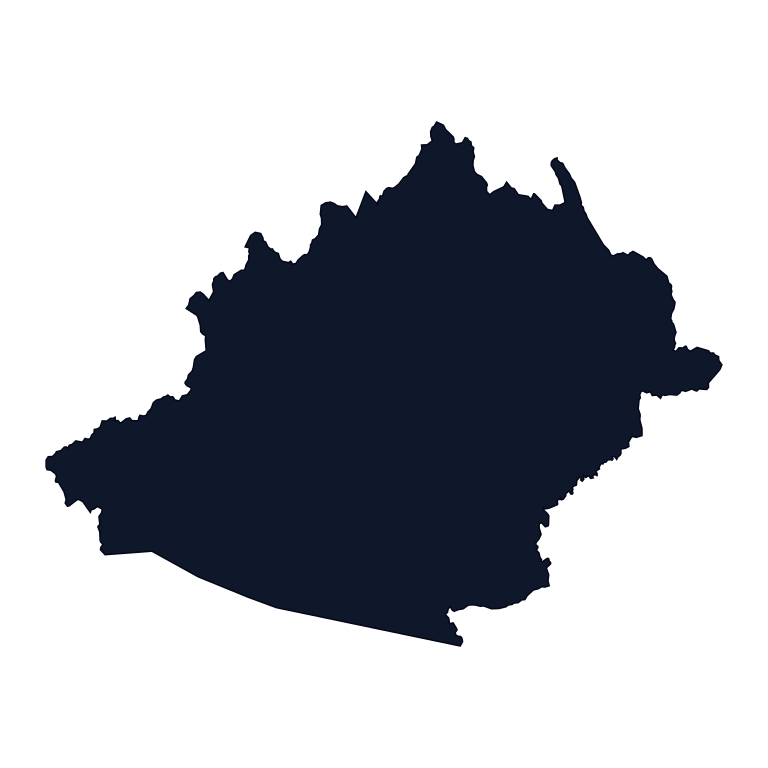 the district of Chanchamayo, Junín, Peru
{"feature_id": "86281439B40126444259692", "entity_name": "Chanchamayo", "entity_type": "district", "adm_level": 2, "iso_a3": "PER", "parent_name": "Peru", "parent_adm1": "Junín", "projection": "natural_earth1", "projection_center": [-75.066, -11.002], "detail": "fine", "context": "isolated", "style": "filled", "palette": "ink", "viewbox_px": 768, "rotation_deg": 0, "n_neighbors": 0, "source": "geoboundaries", "source_scale": "gbopen_adm2", "svg_char_len": 6088}
<svg xmlns="http://www.w3.org/2000/svg" viewBox="0 0 768 768"><path d="M671.9,291.1L671.2,289.4L671.6,286.1L670.7,284.3L668.9,283.3L666.9,276.2L657.7,268.5L654.0,263.9L651.6,258.8L649.9,257.6L648.3,257.8L646.2,259.9L643.0,256.9L633.1,251.4L630.2,252.9L628.1,255.4L622.9,252.6L621.6,253.5L617.3,253.9L613.4,255.9L610.9,255.0L608.6,250.1L603.4,244.8L587.3,217.9L585.9,213.9L584.0,211.0L583.3,207.4L581.0,204.9L581.5,202.9L580.0,197.3L574.6,182.2L571.1,178.0L569.5,174.1L565.1,168.1L562.6,163.2L560.2,162.7L558.2,161.0L557.1,159.7L557.1,157.9L554.5,158.8L552.3,160.7L551.4,162.3L551.1,165.5L555.3,171.7L556.2,174.9L558.4,177.9L560.0,184.0L561.7,185.9L565.0,201.7L564.2,203.0L559.9,205.1L555.0,205.1L552.6,210.5L547.4,209.4L541.9,203.0L541.1,200.6L534.5,193.8L533.7,193.7L531.4,198.8L530.1,198.5L528.0,196.3L518.3,194.7L514.2,188.6L511.3,188.0L506.6,182.1L503.9,186.7L493.7,191.6L489.6,194.8L486.6,191.3L486.5,187.2L487.3,185.1L486.7,183.1L481.6,176.6L476.8,174.3L474.4,171.5L472.9,165.4L473.2,160.3L474.4,156.6L473.1,151.7L473.8,147.9L471.3,145.4L471.0,142.0L468.5,140.4L467.5,138.4L465.2,137.6L462.4,142.7L455.6,144.1L453.7,142.0L454.0,139.2L453.3,137.0L445.8,129.7L443.4,125.2L436.6,122.0L434.1,126.2L432.3,127.3L430.6,131.7L430.9,136.5L432.3,140.8L427.1,144.8L421.5,145.0L421.9,148.9L419.2,155.4L416.8,157.2L415.5,163.7L408.2,174.0L407.8,175.4L403.7,177.6L399.0,183.8L394.7,187.4L392.6,188.3L388.5,187.7L386.7,188.4L384.0,191.2L382.6,195.9L381.8,196.3L380.5,195.7L379.9,196.2L379.7,198.6L377.1,202.6L377.2,204.0L365.9,191.6L356.0,217.8L346.8,206.0L342.5,206.7L337.3,205.8L334.1,203.5L330.4,202.1L325.7,202.8L321.2,205.4L320.3,214.2L321.5,218.1L321.7,224.6L319.5,228.9L318.6,234.9L315.2,238.7L312.5,240.0L311.8,242.9L310.5,245.0L310.5,247.2L309.3,251.5L308.1,253.6L306.8,254.7L304.5,254.6L303.0,255.5L298.1,260.0L296.0,263.4L292.2,264.2L291.9,262.7L290.7,261.2L288.5,262.6L282.3,261.3L279.9,258.7L278.3,253.4L275.6,252.6L273.6,250.9L272.5,248.9L270.8,249.1L267.8,246.8L265.6,241.9L263.2,240.8L263.0,238.2L260.7,233.5L255.2,232.3L250.6,235.6L245.1,246.9L249.4,247.8L248.8,252.0L249.8,254.0L248.7,255.7L248.8,259.7L246.1,264.9L244.6,270.2L241.3,270.2L234.1,274.7L232.5,278.9L229.8,281.3L227.4,279.8L223.0,272.5L220.3,273.2L217.7,276.0L215.5,276.7L213.7,278.9L213.9,280.3L212.4,284.5L213.6,291.8L208.9,300.5L203.6,294.5L200.3,292.0L196.3,292.5L194.0,295.5L190.1,298.7L188.7,305.1L186.2,308.5L196.8,315.3L197.7,316.8L200.3,325.3L200.7,331.7L202.8,334.1L205.7,335.7L205.3,340.1L206.2,350.7L196.3,356.6L194.5,359.7L193.4,367.1L192.1,371.2L188.4,375.0L187.6,378.9L185.1,382.2L185.1,383.4L186.8,385.6L191.5,388.1L190.5,390.7L187.2,394.8L182.4,395.8L179.3,401.0L175.0,400.0L172.8,396.7L170.2,396.9L167.8,395.0L165.9,396.4L163.3,397.0L161.4,398.8L156.5,400.0L153.4,402.6L151.0,408.8L147.9,412.0L146.2,415.4L143.7,416.0L139.9,415.3L138.7,417.8L138.5,419.8L137.6,420.8L131.9,420.6L129.7,417.9L126.2,418.8L121.0,422.9L119.9,422.9L118.2,420.6L115.4,420.6L115.1,417.2L113.0,418.4L110.4,418.3L107.0,421.0L102.2,420.9L100.2,427.0L97.8,428.8L94.3,429.4L94.0,432.9L91.7,435.0L90.2,438.7L88.1,439.2L85.0,438.4L82.5,442.2L75.8,440.9L72.1,444.4L69.3,445.2L68.0,448.1L66.3,446.9L64.3,447.1L60.9,450.6L56.4,451.7L55.5,453.5L52.5,456.5L48.2,456.7L46.1,460.1L46.1,467.2L47.1,469.7L50.8,470.2L55.7,474.0L56.5,476.6L55.4,480.5L55.8,482.0L58.5,482.4L64.0,491.7L66.2,499.6L65.2,503.1L67.4,506.2L69.1,505.9L76.9,499.9L78.7,499.4L82.8,501.6L90.3,512.4L91.3,509.8L93.9,509.0L97.4,506.5L102.1,509.0L101.8,512.4L98.9,516.6L99.8,524.3L97.8,526.7L99.8,532.0L100.1,540.3L100.7,542.1L102.9,544.2L100.7,547.8L100.5,549.8L105.1,554.7L151.9,551.2L198.2,576.8L247.6,597.0L276.3,607.6L460.2,646.0L462.6,641.6L461.9,638.1L460.6,636.5L458.8,636.5L455.9,635.1L455.2,632.5L457.0,630.0L456.7,628.8L453.1,622.8L450.5,623.6L449.4,623.0L448.7,618.0L445.6,614.8L446.0,613.5L447.5,612.4L448.0,609.5L450.1,606.4L452.3,610.2L454.2,611.3L458.1,609.7L463.2,608.8L468.2,605.2L471.1,604.9L475.3,605.0L480.4,606.3L483.4,605.9L491.6,608.8L499.0,608.5L505.9,606.8L508.5,604.9L512.0,604.5L513.9,603.1L518.1,602.7L521.8,599.9L524.9,599.6L527.0,595.9L533.3,590.0L538.4,588.7L541.7,586.7L544.7,587.1L549.2,585.8L548.0,580.6L548.7,574.8L546.3,567.9L550.5,564.0L550.7,562.8L549.2,561.0L548.6,558.5L547.0,558.5L542.6,561.6L540.8,561.2L541.5,559.5L540.0,557.5L539.0,553.0L536.4,550.1L537.8,547.7L537.8,546.4L535.9,544.9L535.9,542.7L538.7,539.4L541.1,534.4L539.2,528.1L539.1,524.5L539.8,523.3L541.7,522.9L545.3,526.8L547.9,526.0L548.5,525.0L548.8,515.8L547.4,513.6L543.9,510.4L543.5,508.0L545.0,508.9L549.2,508.1L557.2,504.8L557.7,504.0L557.2,501.0L558.0,499.6L560.0,499.3L560.2,496.9L561.3,499.8L563.3,499.2L565.8,495.7L565.6,493.9L569.0,490.9L570.9,494.1L572.5,494.0L572.9,492.9L572.2,490.7L573.0,489.4L572.2,487.7L573.7,486.1L576.4,485.1L576.9,480.4L579.5,477.3L581.5,477.9L580.6,479.9L582.2,481.2L583.8,479.3L583.6,475.7L585.9,477.5L587.5,476.2L588.8,476.1L590.7,478.4L593.2,477.9L592.1,476.3L593.5,475.7L594.5,474.3L597.0,475.6L597.2,473.9L595.8,471.1L599.5,468.9L599.1,467.3L600.8,463.9L603.2,463.8L603.1,462.7L606.3,461.9L607.4,460.1L610.2,459.6L612.0,460.2L613.1,458.7L612.1,456.9L612.8,456.3L614.6,456.6L616.7,459.4L617.7,457.1L620.2,455.1L621.0,453.3L620.8,449.1L625.3,448.3L628.9,446.5L628.5,442.1L631.6,436.9L633.2,436.6L636.2,437.4L642.0,435.6L642.0,428.5L639.8,419.9L640.2,414.7L638.2,408.9L639.0,400.1L640.3,397.9L639.7,394.7L641.2,391.3L642.5,390.9L646.7,392.8L650.5,391.8L652.2,395.5L656.7,395.1L660.5,398.3L662.3,394.7L665.1,395.4L669.5,394.5L676.9,395.1L679.9,392.8L681.4,390.3L685.8,391.3L691.7,389.0L696.3,391.0L697.5,390.6L698.8,388.9L706.7,389.5L708.5,387.5L708.4,382.9L719.8,369.7L721.9,364.9L718.8,360.4L718.6,356.6L714.9,354.9L713.5,353.0L710.2,353.1L708.6,350.8L697.0,347.4L690.3,351.3L687.4,349.3L686.3,346.5L685.5,346.1L682.7,348.0L678.9,347.8L676.0,351.3L672.8,350.2L674.4,347.6L675.0,344.3L675.6,343.7L674.1,339.8L674.6,336.0L676.0,332.5L673.5,324.0L671.5,322.0L671.9,321.1L670.7,318.9L671.5,313.4L673.9,308.8L675.0,303.1L674.8,301.6L673.6,300.4L671.0,294.7L671.9,291.1Z" fill="#0f172a" stroke="#020617" stroke-width="1.5"/></svg>